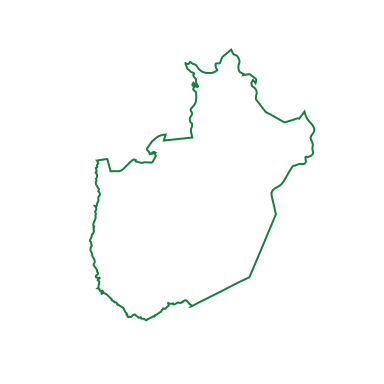 the State of Coahuila, rotated 215°
{"feature_id": "MEX-2708", "entity_name": "Coahuila", "entity_type": "State", "adm_level": 1, "iso_a3": "MEX", "parent_name": "Mexico", "parent_adm1": "", "projection": "albers", "projection_center": [-101.519, 27.229], "detail": "fine", "context": "isolated", "style": "outline", "palette": "green", "viewbox_px": 384, "rotation_deg": 215, "n_neighbors": 0, "source": "natural_earth", "source_scale": "10m", "svg_char_len": 6000}
<svg xmlns="http://www.w3.org/2000/svg" viewBox="0 0 384 384"><g transform="rotate(215 192 192)"><path d="M172.5,52.9L173.4,53.1L174.5,54.2L175.3,54.0L175.6,54.9L176.2,55.2L177.8,55.4L179.9,56.5L180.4,57.0L182.1,57.7L186.4,57.3L187.6,57.6L188.3,56.9L189.0,57.1L189.6,57.7L190.2,58.0L191.1,57.9L192.1,57.2L193.5,57.6L195.0,57.6L195.5,57.2L195.8,57.3L196.0,57.8L196.3,58.1L203.7,59.2L206.1,58.8L206.7,58.6L207.2,58.1L207.4,57.1L207.6,56.8L207.9,57.0L208.2,57.3L208.4,57.8L207.7,59.4L208.7,59.7L209.4,59.3L210.1,58.6L211.0,58.3L211.4,58.5L211.7,59.1L212.1,59.4L213.1,59.4L214.0,59.0L213.8,59.7L213.9,60.3L215.0,62.1L215.3,63.1L216.2,64.8L216.5,65.2L217.1,65.5L218.3,65.5L218.7,65.7L218.6,66.5L218.3,67.7L218.2,68.4L218.7,68.6L219.5,67.9L220.6,67.3L221.8,67.1L222.5,67.8L222.5,69.1L222.1,70.7L222.3,71.4L222.7,71.9L223.7,72.1L224.1,72.4L225.0,73.5L226.3,74.2L230.7,75.6L231.1,76.5L231.4,78.7L232.1,79.7L233.0,80.5L236.3,82.0L237.4,82.9L238.3,84.1L238.7,84.4L240.8,85.4L241.8,86.1L242.4,86.9L243.3,88.6L243.0,89.8L243.3,90.5L245.7,92.4L246.1,93.1L247.6,93.4L248.0,94.1L248.4,97.2L249.3,99.2L249.5,100.3L249.1,101.4L249.4,101.8L249.6,102.2L249.7,103.4L250.0,103.8L251.1,104.7L251.5,105.8L252.4,106.3L252.5,106.7L252.2,107.3L252.4,107.7L252.7,107.9L253.4,107.9L253.7,108.0L253.9,108.3L254.6,109.6L255.8,114.7L256.3,115.8L258.0,118.0L258.0,118.9L260.0,120.2L260.2,120.7L260.2,122.5L260.9,123.6L261.8,124.2L263.7,124.9L262.4,125.7L262.1,126.1L262.2,126.6L263.1,127.7L263.3,129.6L263.8,131.4L265.1,133.1L265.8,134.3L265.9,135.1L265.6,136.1L266.0,137.1L266.8,138.0L267.6,138.5L269.2,138.9L269.6,140.7L270.0,141.0L270.7,141.2L275.3,143.4L276.1,144.3L276.5,145.4L276.5,146.1L276.7,146.5L278.0,147.7L278.3,147.8L278.1,148.8L278.8,150.4L279.2,151.0L279.9,151.8L281.6,152.3L282.1,152.7L281.6,153.4L282.1,154.2L282.8,155.1L283.6,155.9L284.3,156.2L284.5,156.5L283.9,157.8L284.1,158.4L284.9,159.0L285.2,159.4L285.3,159.9L285.2,161.1L285.2,161.6L285.5,161.6L286.1,162.1L286.7,162.7L286.7,163.0L287.9,163.3L280.6,170.2L280.2,170.3L279.8,170.1L279.0,169.4L270.6,162.3L270.2,162.5L268.7,163.7L265.4,166.0L263.7,167.2L262.5,168.6L261.8,170.3L261.3,172.4L259.7,181.4L259.0,184.0L258.1,185.4L256.7,185.9L256.3,185.9L256.1,185.6L255.8,184.8L255.5,184.8L250.2,186.8L249.5,187.3L248.4,188.7L247.8,189.2L242.1,192.9L241.6,193.6L241.5,194.6L242.3,200.9L243.0,201.2L243.9,201.4L244.5,201.9L244.4,203.3L246.2,202.9L246.7,202.5L246.9,201.7L246.3,201.0L246.3,200.6L246.6,200.3L247.4,200.3L247.7,200.2L248.2,198.8L248.5,198.8L249.1,199.6L250.0,200.2L252.5,200.6L253.4,201.1L253.7,202.2L253.8,209.8L253.7,210.8L252.3,216.2L251.2,218.7L249.7,220.9L248.2,222.5L246.5,224.0L244.6,218.0L223.0,236.8L226.4,239.8L228.0,241.5L229.1,243.3L229.4,245.1L229.7,245.9L230.8,247.6L231.3,248.1L231.9,248.2L232.8,248.2L233.6,248.4L234.4,249.1L235.7,250.6L236.2,252.0L236.4,254.8L236.8,256.2L237.8,257.1L239.2,257.7L240.3,258.5L240.6,259.8L240.1,263.6L240.1,265.6L240.4,267.4L241.3,269.4L242.3,271.2L243.5,273.0L245.6,275.7L246.4,276.2L249.0,276.4L249.8,276.8L250.2,277.2L250.4,277.7L250.3,278.8L250.4,279.3L250.9,279.6L252.4,279.6L253.0,279.8L253.3,280.4L253.5,281.0L253.5,282.3L249.1,280.7L247.8,281.0L247.6,282.0L249.0,282.8L250.8,283.5L251.9,284.5L252.3,285.4L253.5,286.7L256.9,287.6L258.2,288.7L258.2,289.1L258.0,289.6L257.9,290.0L258.4,290.4L259.2,290.5L261.1,289.9L261.9,289.8L263.6,290.1L266.2,290.2L266.7,290.4L267.8,291.3L270.5,293.0L271.1,293.8L269.2,294.3L268.4,294.8L268.1,295.2L268.3,297.3L267.7,297.6L265.7,297.4L264.8,297.5L262.6,298.2L261.6,298.2L260.4,297.9L256.8,296.6L255.6,296.4L252.4,296.4L249.5,297.3L246.8,298.9L244.2,300.7L243.1,302.1L241.8,304.3L241.2,306.3L242.3,307.0L243.1,307.2L244.0,307.8L245.4,309.4L246.1,310.4L246.0,311.1L243.3,313.2L243.1,314.0L244.2,317.8L244.4,319.0L244.5,320.1L244.2,321.5L242.2,328.7L241.6,331.1L237.9,329.0L237.0,328.7L236.2,328.8L234.4,329.3L232.7,329.2L230.7,328.4L228.9,327.2L227.7,325.8L227.3,324.9L226.5,322.3L225.4,320.6L224.1,319.1L222.5,318.0L220.9,317.7L217.2,318.3L217.1,317.0L213.3,320.9L212.5,321.4L211.5,321.6L204.2,321.2L203.6,320.7L203.1,319.7L202.4,317.6L204.3,318.2L206.2,318.6L206.1,316.5L205.8,315.4L205.4,314.7L204.0,313.6L203.2,313.2L202.5,313.2L200.6,313.2L198.7,312.7L197.1,311.7L195.8,310.3L194.4,307.1L193.5,305.4L192.7,304.6L177.9,299.9L176.7,299.8L172.5,300.5L158.6,301.8L157.1,301.9L156.1,302.2L155.3,302.9L154.5,304.1L150.2,309.6L148.5,312.1L147.4,313.2L146.3,313.5L146.0,322.4L142.9,319.9L140.0,318.2L138.0,317.5L132.0,316.0L129.9,315.1L128.0,313.9L126.8,312.0L126.5,309.9L126.6,307.8L126.5,305.8L125.8,304.2L124.2,302.9L122.3,301.8L120.5,300.5L119.4,298.8L118.9,297.6L118.3,296.6L117.5,295.7L115.4,293.8L115.0,293.1L114.9,292.2L115.1,290.8L115.6,289.4L116.3,288.1L117.2,286.9L117.6,286.6L118.7,286.4L119.0,286.0L119.0,285.5L118.6,284.9L116.3,282.5L115.9,281.6L115.9,280.4L116.1,279.6L116.6,279.0L118.4,277.6L119.4,277.2L119.8,276.8L121.5,274.8L122.7,272.7L123.5,272.2L124.1,271.4L124.3,269.9L124.0,264.4L123.1,254.6L123.0,251.8L123.3,249.2L124.1,246.7L126.4,242.0L126.9,239.4L126.3,236.7L124.4,234.4L120.1,230.6L110.5,221.9L99.1,169.6L96.1,155.0L101.8,145.1L111.5,126.7L123.2,105.1L126.9,97.8L127.0,97.7L126.8,98.5L127.4,98.9L130.2,98.9L132.7,99.6L134.4,99.9L135.6,99.4L136.2,98.0L136.5,96.2L136.9,96.0L137.1,96.2L137.6,94.7L138.0,94.4L139.8,93.5L140.2,93.2L140.6,92.6L141.8,90.0L142.7,89.2L143.7,89.8L144.0,89.3L146.0,87.8L147.3,87.6L147.8,87.4L147.4,86.8L146.3,86.0L145.9,85.5L146.0,84.9L146.6,82.9L146.7,81.4L147.6,80.5L148.4,80.4L148.8,80.2L148.5,79.2L148.5,78.9L149.0,78.2L149.0,77.6L148.7,76.4L148.8,75.7L149.4,74.8L150.8,70.9L151.2,70.6L151.5,70.2L151.3,69.5L151.7,69.3L151.8,69.1L151.6,68.4L152.1,68.2L152.4,67.9L153.6,65.5L153.8,65.4L154.0,64.7L155.4,62.4L155.7,60.9L156.0,60.6L158.1,60.6L158.8,60.4L160.5,59.5L161.3,59.2L161.5,59.3L161.7,59.8L161.9,60.0L162.2,59.9L162.9,59.3L163.3,58.6L163.7,58.5L168.6,58.9L169.8,57.2L170.0,56.6L170.1,55.2L170.2,54.7L170.6,54.4L171.7,54.1L172.1,53.1L172.5,52.9Z" fill="none" stroke="#15803d" stroke-width="2"/></g></svg>